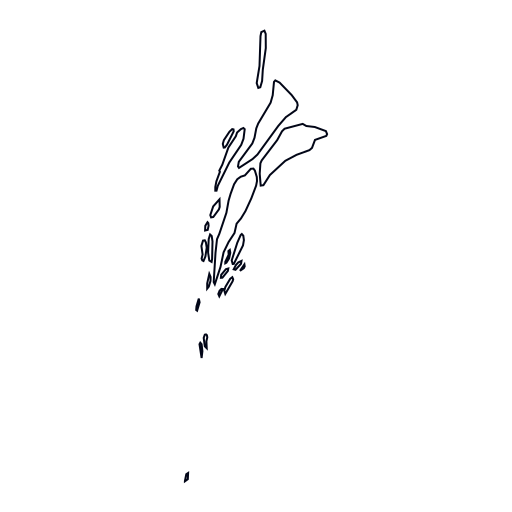 outline of Essequibo I./L.B.E.River, Essequibo Islands-West Demerara, Guyana
{"feature_id": "73187651B51062108887281", "entity_name": "Essequibo I./L.B.E.River", "entity_type": "district", "adm_level": 2, "iso_a3": "GUY", "parent_name": "Guyana", "parent_adm1": "Essequibo Islands-West Demerara", "projection": "equal_earth", "projection_center": [-58.518, 6.771], "detail": "fine", "context": "isolated", "style": "outline", "palette": "ink", "viewbox_px": 512, "rotation_deg": 0, "n_neighbors": 0, "source": "geoboundaries", "source_scale": "gbopen_adm2", "svg_char_len": 2891}
<svg xmlns="http://www.w3.org/2000/svg" viewBox="0 0 512 512"><path d="M327.1,134.1L325.9,131.1L314.8,127.0L306.3,126.0L302.7,123.9L284.6,128.7L282.0,131.3L277.2,140.1L261.7,160.4L260.4,163.3L259.7,173.7L260.7,185.6L263.4,185.2L269.9,175.0L285.3,160.8L296.6,154.8L309.5,150.1L312.0,147.9L315.0,139.9L326.3,135.9L327.1,134.1ZM256.8,177.0L254.9,170.6L253.4,168.6L250.8,168.8L244.9,175.4L240.8,176.7L237.3,179.2L234.1,184.2L230.6,193.8L228.6,200.6L226.4,212.8L219.3,233.9L217.0,239.2L215.5,252.8L213.7,282.1L214.8,284.3L220.5,266.9L223.6,252.3L228.6,242.0L234.5,233.0L236.6,223.7L241.0,218.4L245.4,211.2L251.3,198.4L256.1,185.7L257.0,181.1L256.8,177.0ZM297.1,102.4L291.7,95.1L279.6,82.6L275.3,80.4L274.0,81.9L272.7,95.3L270.6,102.7L258.2,123.5L256.3,128.3L254.5,137.8L252.3,143.5L238.8,161.8L238.0,166.4L239.0,167.9L252.5,159.1L257.4,154.6L278.3,125.9L285.9,117.1L296.3,109.8L297.7,105.2L297.1,102.4ZM244.7,129.2L243.4,128.0L240.9,129.1L237.1,132.5L235.8,136.3L228.4,147.5L222.3,164.7L219.3,170.6L219.9,171.8L216.4,181.3L215.3,187.0L215.3,190.7L216.5,190.7L217.8,185.8L229.3,162.5L241.2,144.9L243.5,138.8L244.7,129.2ZM265.7,33.9L264.4,30.7L261.3,32.1L260.5,36.1L259.5,66.0L256.7,83.1L258.3,87.9L260.3,87.2L262.1,81.0L262.8,69.7L265.8,48.1L265.7,33.9ZM243.3,235.7L241.8,234.0L240.7,235.0L237.3,242.7L231.7,260.4L232.7,264.0L233.8,263.9L243.0,245.4L243.9,240.1L243.3,235.7ZM212.5,241.4L211.7,236.0L210.1,234.5L208.7,239.1L208.1,252.6L209.3,260.5L211.6,261.9L212.1,259.0L212.5,241.4ZM219.5,199.3L213.2,206.4L210.3,215.1L211.1,217.4L213.3,217.0L218.9,209.4L219.7,206.9L219.5,199.3ZM233.5,129.4L232.2,129.1L229.4,131.8L223.9,140.1L222.8,143.9L223.7,147.6L224.8,147.5L227.0,144.7L233.7,131.3L233.5,129.4ZM205.9,242.4L204.8,240.3L203.0,240.6L201.4,246.0L202.6,254.5L201.6,258.6L202.3,260.4L203.5,261.0L205.4,256.5L206.7,247.6L205.9,242.4ZM233.2,279.3L232.3,277.2L230.2,278.8L225.4,286.9L224.3,290.6L225.3,293.9L232.6,281.3L233.2,279.3ZM206.9,335.2L206.0,334.4L204.8,334.7L203.7,337.9L204.8,346.3L206.7,348.2L206.4,341.2L207.3,337.3L206.9,335.2ZM210.6,277.0L209.3,273.9L207.2,283.4L207.2,288.6L208.8,286.6L210.5,280.9L210.6,277.0ZM228.3,268.5L225.9,269.2L221.2,274.8L220.9,277.8L222.4,277.7L227.9,270.9L228.3,268.5ZM241.5,260.9L238.3,262.4L236.0,264.9L233.7,269.3L235.5,269.8L241.0,263.8L241.5,260.9ZM201.6,344.2L200.3,342.7L199.5,344.2L201.6,358.0L202.4,351.2L201.6,344.2ZM229.8,249.9L228.4,251.1L228.7,254.6L225.3,261.8L225.3,263.3L226.4,262.7L229.1,258.4L230.3,252.8L229.8,249.9ZM208.3,223.1L207.5,222.2L205.3,225.8L205.1,230.5L207.7,229.9L208.6,225.7L208.3,223.1ZM198.8,298.6L196.5,306.3L196.2,310.0L197.1,310.7L199.6,302.3L198.8,298.6ZM184.9,481.3L187.8,479.2L188.1,473.0L186.3,474.2L184.9,481.1L184.9,481.3ZM221.4,288.9L219.6,290.7L218.3,294.0L219.3,296.3L222.9,289.0L221.4,288.9ZM244.4,264.4L240.0,270.8L243.8,268.2L244.7,266.4L244.4,264.4Z" fill="none" stroke="#020617" stroke-width="2"/></svg>